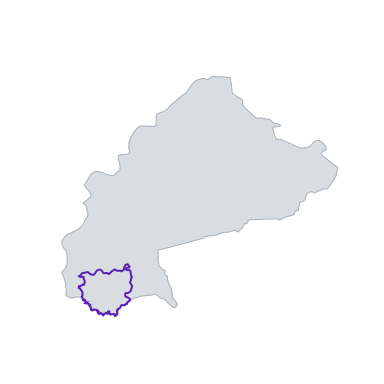 Burkina Faso, with Komoé highlighted, rotated 346°
{"feature_id": "BFA-2836", "entity_name": "Komoé", "entity_type": "Province", "adm_level": 1, "iso_a3": "BFA", "parent_name": "Burkina Faso", "parent_adm1": "", "projection": "albers", "projection_center": [-4.486, 10.237], "detail": "fine", "context": "in_parent", "style": "outline", "palette": "violet", "viewbox_px": 384, "rotation_deg": 346, "n_neighbors": 0, "source": "natural_earth", "source_scale": "10m", "svg_char_len": 6559}
<svg xmlns="http://www.w3.org/2000/svg" viewBox="0 0 384 384"><g transform="rotate(346 192 192)"><path d="M284.5,238.6L274.9,239.1L271.4,240.2L269.3,240.3L269.2,239.4L268.9,238.9L256.8,236.1L248.3,234.5L239.6,232.6L239.2,234.5L237.9,235.6L236.1,235.8L234.8,235.5L233.9,236.9L232.5,238.8L230.5,239.7L228.6,240.9L227.5,241.9L226.7,241.9L224.7,239.6L222.1,239.4L217.2,239.8L215.0,239.2L212.0,238.9L204.9,239.5L193.5,238.6L191.7,239.2L191.2,239.6L180.0,239.8L167.6,240.0L157.3,240.2L148.2,240.3L148.2,239.9L145.3,239.9L145.0,240.7L142.5,250.2L142.2,255.3L143.6,258.5L145.1,260.6L146.9,261.4L147.0,262.5L145.7,264.0L145.8,265.6L147.4,267.1L147.8,268.8L147.0,270.5L147.2,274.7L148.5,281.3L148.5,285.5L147.4,287.5L148.0,290.8L150.2,295.5L150.6,297.5L149.8,298.4L148.0,299.7L146.1,299.7L143.9,296.8L142.9,295.5L141.1,292.7L139.6,289.7L137.6,288.5L135.6,287.3L133.1,283.6L130.8,281.9L128.3,282.4L124.7,281.7L117.4,280.8L109.5,281.1L106.3,282.0L103.1,283.3L94.9,286.3L91.7,287.7L89.3,291.5L86.5,291.4L83.7,290.2L82.0,288.5L78.3,288.9L74.7,287.2L71.2,284.0L68.6,283.0L65.4,280.6L64.5,276.2L62.4,273.1L60.5,268.8L57.7,266.8L54.5,265.8L50.0,266.0L47.0,264.3L44.7,261.7L45.3,259.6L46.4,256.5L46.5,253.5L47.2,248.6L46.8,242.5L46.0,238.3L48.5,236.6L51.4,235.0L53.2,232.1L55.0,225.7L55.8,220.1L55.2,218.0L54.3,216.4L53.5,214.0L53.1,211.0L53.6,208.5L55.8,206.1L58.5,204.1L60.4,203.2L65.5,202.2L71.9,200.8L75.6,199.1L78.2,197.4L79.7,196.1L81.3,193.4L83.7,191.3L85.6,189.2L85.9,183.3L85.9,179.9L84.5,178.0L83.7,176.5L93.1,171.8L93.2,168.6L91.9,164.9L90.0,162.0L89.3,159.5L91.9,156.5L94.2,154.3L95.9,152.4L99.6,149.5L103.4,148.7L106.9,149.8L117.2,156.6L119.0,157.0L121.1,156.5L123.9,154.7L127.4,153.3L128.6,148.7L128.5,142.0L129.3,138.9L131.1,138.4L137.1,139.6L138.6,139.7L140.3,139.3L141.5,138.1L141.5,135.9L141.2,134.0L143.1,127.8L146.6,123.1L153.6,117.2L155.8,116.0L158.4,115.4L171.1,119.3L173.2,118.3L176.2,108.4L179.7,107.4L183.8,107.2L186.5,106.3L187.9,105.6L193.9,101.8L204.5,96.6L210.2,94.3L211.3,93.5L215.3,89.8L220.7,85.6L224.2,84.7L229.0,84.3L232.0,85.0L232.8,86.1L233.8,86.7L240.0,84.9L249.0,87.6L256.8,90.2L256.3,92.0L256.4,95.1L255.8,100.1L255.1,106.0L258.3,109.7L262.2,113.8L263.3,115.4L262.3,119.4L263.1,121.8L265.2,125.7L268.7,130.7L272.3,135.8L274.8,136.5L277.1,136.8L278.6,137.7L280.7,138.6L282.7,139.2L284.5,140.3L285.7,141.3L287.3,144.5L291.3,146.5L294.1,148.6L293.0,149.7L289.5,149.3L286.2,148.4L285.8,150.0L285.8,155.8L286.4,160.7L287.2,161.3L290.5,162.2L298.5,168.4L305.7,174.2L308.1,175.7L312.0,176.3L316.5,176.4L318.3,175.8L322.6,172.7L324.8,172.3L326.9,172.4L328.1,172.8L330.2,175.3L332.2,178.9L332.8,181.7L332.6,183.2L332.0,183.7L328.5,184.5L327.0,185.1L326.6,185.9L327.2,187.8L327.9,188.9L331.9,194.2L337.5,201.3L339.3,203.2L338.4,205.4L335.7,211.1L333.6,213.5L324.4,221.7L319.8,220.8L310.3,222.6L308.8,220.8L306.6,220.6L303.8,221.0L302.8,221.7L302.5,222.5L301.5,223.6L299.8,226.8L298.5,227.6L296.8,228.2L294.7,228.1L293.5,228.6L293.5,230.2L293.1,231.5L291.7,232.2L291.2,233.8L291.3,235.3L290.5,236.0L288.7,235.6L287.6,235.2L286.6,237.2L285.4,238.6L284.5,238.6Z" fill="#d9dde1" stroke="#a8b0b8" stroke-width="1"/><path d="M60.3,270.1L59.9,270.1L59.9,269.9L60.0,269.7L60.1,267.4L59.8,266.8L60.8,266.0L60.8,265.3L60.9,264.7L61.3,264.1L61.4,263.6L61.2,262.3L61.2,261.6L60.9,260.9L60.3,260.2L60.2,258.6L59.4,258.2L58.8,257.6L59.2,256.8L59.6,256.0L60.0,256.2L60.9,256.3L62.0,255.9L63.1,255.7L63.8,255.4L64.4,255.7L64.9,255.7L65.3,255.1L65.9,253.9L66.1,253.2L66.3,252.5L66.2,251.1L65.9,249.9L66.1,249.1L66.2,248.2L65.6,247.7L65.0,247.8L64.4,247.6L63.4,247.4L62.4,246.9L62.0,246.3L64.0,245.6L65.6,244.2L66.4,244.1L68.0,244.4L71.2,244.4L71.7,244.6L72.0,244.9L72.2,245.4L73.3,246.7L73.7,247.4L74.3,247.7L75.3,248.0L76.2,248.5L76.9,248.4L78.9,247.0L79.2,246.6L79.8,245.9L80.9,245.3L81.8,244.9L82.7,244.9L83.6,245.0L84.5,245.3L85.3,246.2L86.2,248.7L86.6,249.3L87.2,249.6L88.2,249.6L90.4,250.3L90.7,250.6L90.9,251.0L91.3,251.4L91.9,251.4L93.9,250.2L94.2,250.0L95.2,249.5L96.7,249.0L97.8,248.5L98.3,248.4L98.6,248.6L99.5,249.6L100.0,250.1L100.5,250.4L101.3,250.6L103.5,251.0L104.3,251.9L104.9,251.8L105.5,251.5L106.7,251.1L107.2,250.7L107.4,250.1L107.5,249.3L108.8,248.0L109.2,247.3L109.7,246.8L110.3,246.5L111.9,246.5L111.9,246.8L112.2,247.4L112.8,248.0L113.1,248.8L113.3,249.6L112.7,249.9L110.6,249.9L109.9,250.0L109.5,250.3L109.4,250.7L109.3,251.1L109.5,251.6L109.9,252.0L110.5,252.2L112.0,252.3L112.4,252.7L113.1,253.5L113.1,253.8L113.1,254.4L113.0,254.8L112.9,255.2L112.8,258.5L113.0,259.6L113.0,260.2L112.8,260.3L112.5,260.6L112.1,261.0L111.8,261.8L111.4,262.7L110.4,264.1L110.2,264.4L110.0,264.6L110.0,265.3L110.3,265.8L110.5,266.3L110.7,267.6L111.0,268.3L111.1,268.9L110.8,269.6L109.6,271.3L108.9,272.7L108.5,273.3L107.3,273.9L105.7,274.4L104.8,274.4L103.7,274.1L102.9,274.2L102.6,274.8L102.2,276.0L102.0,276.5L102.4,277.5L104.6,279.3L105.7,280.4L105.8,281.2L105.8,281.8L105.8,282.0L105.1,282.2L103.7,283.1L102.9,283.3L102.3,283.6L102.1,284.3L101.9,284.8L100.7,284.8L100.4,284.9L99.8,285.2L99.8,285.3L99.8,285.5L99.7,285.7L99.2,285.7L98.9,285.4L96.7,284.8L96.1,284.9L95.4,285.4L94.3,286.9L93.6,287.3L92.2,287.5L91.6,287.7L91.1,288.2L91.7,288.4L90.6,289.6L90.3,289.9L90.3,290.2L90.5,291.1L90.4,291.6L89.9,292.6L89.6,292.9L88.6,292.4L88.0,292.3L87.9,292.9L87.9,293.5L87.8,293.8L87.3,293.6L87.0,293.2L86.7,291.9L86.4,291.4L85.5,291.2L84.1,291.2L82.9,291.1L82.4,290.3L82.5,289.6L82.8,288.6L82.9,288.0L82.8,287.8L82.6,287.7L82.3,287.6L81.6,287.6L81.5,287.8L81.4,288.1L81.2,288.6L81.2,289.1L81.0,289.5L80.5,289.7L80.0,289.5L79.5,288.7L79.1,288.4L78.6,288.9L78.2,289.1L77.7,289.2L77.1,289.2L77.2,289.3L77.0,289.5L76.8,289.7L76.5,289.9L76.2,290.1L76.2,289.9L76.0,289.7L75.5,289.5L75.3,289.3L75.2,289.0L75.1,288.6L75.0,288.4L74.6,288.0L74.4,287.7L74.2,287.5L74.0,287.4L73.7,287.3L73.3,287.4L73.2,287.5L73.4,287.9L72.9,288.0L72.4,287.2L71.9,287.3L71.8,287.0L71.7,286.9L71.4,286.6L71.4,286.3L71.7,286.3L72.0,286.3L72.6,286.0L72.3,285.4L72.1,284.5L71.8,284.0L71.1,284.2L70.8,283.4L70.3,282.9L69.6,282.7L68.7,282.6L68.4,282.6L68.2,282.4L68.1,282.2L67.6,282.1L67.4,282.3L67.2,282.6L66.9,282.9L66.6,282.8L65.5,281.7L65.5,281.3L66.0,279.8L65.9,279.5L65.5,278.6L65.1,278.1L65.0,277.7L65.8,277.7L65.9,277.1L65.6,276.4L65.2,275.9L64.8,275.6L64.3,275.3L63.9,275.0L63.7,274.3L63.3,274.6L62.9,274.8L62.5,274.7L62.2,274.3L62.7,274.0L62.4,274.0L62.2,273.9L61.6,273.8L62.0,273.5L62.9,273.2L62.8,272.9L61.8,272.2L61.6,271.9L61.9,271.2L60.9,271.2L60.9,270.8L61.2,270.1L61.1,269.3L61.0,269.6L60.8,269.8L60.6,270.0L60.3,270.1Z" fill="none" stroke="#5b21b6" stroke-width="2"/></g></svg>